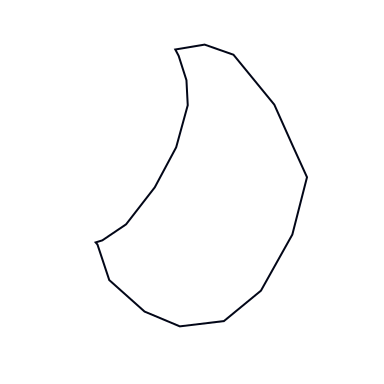 outline of Taean, P'yŏngan-namdo, North Korea, rotated 230°
{"feature_id": "82179303B55886689837874", "entity_name": "Taean", "entity_type": "district", "adm_level": 2, "iso_a3": "PRK", "parent_name": "North Korea", "parent_adm1": "P'yŏngan-namdo", "projection": "natural_earth1", "projection_center": [125.517, 38.825], "detail": "fine", "context": "isolated", "style": "outline", "palette": "ink", "viewbox_px": 384, "rotation_deg": 230, "n_neighbors": 0, "source": "geoboundaries", "source_scale": "gbopen_adm2", "svg_char_len": 419}
<svg xmlns="http://www.w3.org/2000/svg" viewBox="0 0 384 384"><g transform="rotate(230 192 192)"><path d="M215.3,85.8L212.5,85.8L177.7,72.0L130.9,78.8L96.9,96.3L72.6,133.5L72.1,181.4L94.9,241.5L129.4,289.6L163.5,299.1L206.0,311.2L270.5,312.0L296.8,296.4L311.9,270.8L304.9,269.3L281.2,259.6L261.2,244.5L236.4,208.6L219.5,166.5L209.6,120.7L212.6,92.2L215.3,85.8Z" fill="none" stroke="#020617" stroke-width="2"/></g></svg>